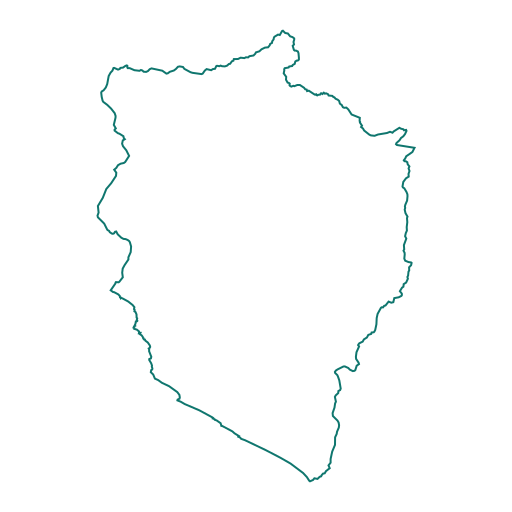 Ica, Ica, Peru
{"feature_id": "86281439B40725623046053", "entity_name": "Ica", "entity_type": "district", "adm_level": 2, "iso_a3": "PER", "parent_name": "Peru", "parent_adm1": "Ica", "projection": "orthographic", "projection_center": [-75.617, -14.336], "detail": "fine", "context": "isolated", "style": "outline", "palette": "teal", "viewbox_px": 512, "rotation_deg": 0, "n_neighbors": 0, "source": "geoboundaries", "source_scale": "gbopen_adm2", "svg_char_len": 5960}
<svg xmlns="http://www.w3.org/2000/svg" viewBox="0 0 512 512"><path d="M287.9,33.5L285.2,33.0L282.9,30.7L282.1,31.0L279.8,35.0L278.0,34.6L274.4,36.8L273.8,38.0L273.6,39.4L272.2,41.3L272.0,42.9L270.2,43.9L269.7,45.3L268.1,47.3L265.0,47.6L261.5,49.3L259.4,51.3L255.9,52.4L255.3,53.7L253.5,55.5L249.4,56.2L248.2,57.4L245.9,57.3L244.4,58.1L240.6,57.7L238.0,59.0L233.8,59.1L233.4,60.7L231.9,61.3L230.1,63.8L228.9,64.0L227.0,65.7L224.8,66.4L222.0,66.2L220.6,65.6L219.4,66.2L217.0,65.8L216.3,66.1L215.0,68.8L212.8,69.1L211.2,70.2L206.6,69.1L204.8,70.6L202.7,73.6L201.6,74.1L192.4,72.8L190.5,72.2L184.4,68.9L183.0,67.0L179.7,66.4L177.9,66.8L176.0,68.9L173.9,70.5L169.8,71.8L167.8,73.3L166.4,73.6L162.3,70.7L151.5,68.4L149.7,69.2L147.9,71.1L146.1,71.9L143.6,71.7L142.4,70.5L140.9,70.0L139.5,70.8L134.4,70.2L129.6,68.1L127.7,68.1L127.3,67.4L127.4,65.9L126.8,65.4L125.4,65.9L123.0,67.6L120.4,67.9L119.7,69.0L118.0,69.6L114.2,67.9L113.5,68.0L112.4,70.7L110.6,72.6L108.7,76.0L107.2,84.1L105.8,87.5L103.6,90.3L101.7,91.5L101.2,92.7L101.7,96.9L102.6,100.7L103.3,101.9L107.3,104.9L111.1,108.6L114.7,113.2L115.6,116.0L115.5,117.8L113.8,124.9L115.8,128.4L114.6,129.6L114.6,130.6L117.9,133.2L119.4,133.7L123.4,136.2L123.8,138.1L124.8,139.2L122.8,140.4L122.1,143.7L123.0,146.2L126.3,150.3L129.1,155.9L125.2,162.0L123.8,163.0L120.6,163.7L118.0,165.2L116.3,167.9L114.2,169.7L116.3,172.7L116.0,175.9L111.2,183.2L106.3,189.0L102.8,197.8L97.9,206.0L98.6,212.6L97.5,215.6L97.9,217.3L104.2,223.6L107.0,229.2L107.5,230.0L109.1,230.9L109.8,232.2L111.9,233.6L112.9,233.8L114.1,233.3L115.0,231.8L116.2,231.5L117.7,234.3L121.3,237.7L123.5,238.9L125.6,239.1L127.7,240.0L129.2,241.1L129.9,242.3L131.1,246.5L130.7,252.1L128.4,257.3L128.4,259.5L124.6,265.1L122.7,268.6L122.2,272.7L122.8,277.3L119.3,281.8L118.6,282.3L115.9,282.1L115.6,282.5L115.4,283.5L110.7,290.3L113.0,292.0L114.2,292.2L118.3,294.4L119.8,296.0L120.0,297.3L120.6,297.4L120.8,298.1L121.1,297.8L122.9,298.6L128.2,301.5L132.6,305.0L134.4,307.2L134.0,309.1L134.7,310.0L134.4,311.3L135.5,312.0L136.5,314.4L136.6,317.6L137.2,318.3L136.8,319.9L137.2,320.6L136.4,321.1L136.7,321.4L135.7,322.0L135.5,323.6L134.6,325.6L135.0,325.9L134.0,326.5L133.5,327.7L134.4,328.2L134.3,328.9L136.8,329.6L139.2,331.6L138.9,333.2L140.4,333.0L139.9,334.2L141.6,335.3L142.7,336.8L143.2,338.3L143.6,338.4L143.6,338.9L144.2,339.6L144.9,339.6L145.4,340.7L147.8,342.5L149.8,345.4L150.2,346.9L149.7,347.9L148.7,348.5L149.2,349.6L149.1,351.2L151.3,356.8L150.9,358.4L149.3,359.0L149.2,359.9L151.2,363.3L152.0,365.6L151.8,366.7L152.4,368.4L152.2,369.5L151.2,370.1L150.8,372.2L153.2,374.5L154.9,378.6L158.2,380.1L161.9,382.8L169.1,386.2L177.3,392.1L179.4,394.9L179.8,397.4L179.5,398.7L177.6,399.6L177.4,400.4L180.7,401.7L184.8,404.1L199.3,410.3L212.4,417.4L212.6,418.3L213.2,418.2L213.2,418.6L214.7,419.3L214.8,419.8L216.6,420.4L220.6,423.2L221.4,425.9L221.9,425.8L232.4,431.4L234.5,433.3L238.5,435.8L238.3,436.4L238.9,436.4L238.7,436.9L240.2,437.6L241.1,438.8L245.0,440.2L265.9,450.2L280.5,457.8L290.6,463.6L303.1,473.0L306.9,477.1L309.2,480.7L310.0,481.3L313.0,480.0L314.4,478.3L317.5,478.9L319.7,476.8L321.2,476.3L321.5,475.4L323.0,473.6L324.7,473.3L326.0,471.1L329.7,468.2L328.5,465.4L330.6,462.7L330.6,459.0L332.2,451.6L335.0,444.9L335.1,437.3L336.7,433.9L337.0,431.8L338.8,427.6L339.1,425.2L338.6,422.5L337.5,420.6L332.9,416.0L332.6,413.1L334.5,407.6L335.1,403.4L335.9,401.7L334.9,396.9L335.7,395.4L338.2,393.1L338.4,391.0L340.1,390.1L340.7,388.6L339.3,380.4L337.9,376.4L337.3,375.1L335.1,372.9L334.9,371.9L335.9,370.5L337.6,369.4L343.4,366.5L344.8,366.4L348.3,368.0L349.8,369.6L352.8,371.1L354.5,370.8L355.3,370.1L356.7,365.7L359.0,364.1L358.6,362.7L356.1,358.9L355.9,356.8L356.5,352.2L359.1,346.4L358.1,345.1L358.4,344.5L359.3,343.3L362.7,341.6L363.9,339.4L366.9,337.5L368.3,334.9L371.2,333.9L371.6,332.5L373.7,332.3L374.3,331.7L375.2,330.0L376.4,324.3L376.7,318.0L377.6,313.9L380.9,307.9L381.6,307.3L383.0,307.4L384.2,305.8L385.5,305.5L388.6,301.6L391.3,302.7L393.3,302.2L394.3,298.1L398.7,297.3L401.4,295.9L401.9,295.0L401.8,293.6L399.9,291.2L402.0,287.7L403.4,286.7L403.7,284.1L406.1,282.6L407.9,278.7L407.4,277.0L408.1,275.6L408.5,271.6L409.2,270.5L409.1,267.3L411.1,265.2L411.6,262.9L411.0,262.4L408.6,262.1L405.2,260.7L404.3,258.6L404.7,254.6L404.6,252.8L403.5,250.7L404.2,249.4L403.9,245.1L406.3,238.6L405.1,236.2L405.8,233.1L406.9,230.6L406.7,227.1L407.3,222.2L407.0,218.1L407.5,216.6L405.5,213.2L404.7,209.6L405.2,207.9L404.9,206.5L405.3,204.8L407.1,200.6L407.5,196.2L407.4,194.3L406.5,192.0L404.3,188.3L402.9,187.4L402.5,186.5L403.3,181.9L406.0,178.3L408.7,176.6L408.5,173.9L409.5,171.0L408.6,168.4L409.4,166.4L407.7,164.3L407.3,162.2L405.9,161.3L404.5,161.2L403.8,160.3L405.2,158.5L406.2,156.3L412.4,152.0L414.5,147.8L396.9,145.0L396.0,144.2L396.5,143.0L399.5,140.3L401.0,138.0L403.3,136.3L405.0,134.1L406.5,130.9L406.1,129.9L404.0,130.3L403.4,129.3L401.0,128.7L399.4,127.8L393.7,131.4L392.5,132.7L390.0,131.8L387.0,133.0L378.0,134.5L374.6,135.8L370.9,135.4L369.4,134.7L364.1,130.5L363.0,128.5L361.1,127.0L362.0,125.7L359.9,122.5L360.1,121.9L359.6,121.0L359.8,117.8L351.6,114.5L348.3,109.4L347.0,108.2L346.4,107.6L344.2,107.8L342.9,107.2L341.6,104.8L340.5,104.2L339.8,103.4L339.2,101.0L337.7,99.7L335.5,98.7L334.4,97.3L333.4,97.1L332.4,95.9L328.6,95.5L327.9,94.1L326.0,93.3L324.9,93.7L323.8,92.7L322.5,94.0L321.6,93.3L320.8,93.4L320.3,94.5L318.0,94.9L317.3,95.4L316.4,95.1L316.2,94.3L314.7,94.6L308.8,90.7L307.1,91.1L306.7,89.6L305.2,89.3L304.1,87.8L299.9,85.0L297.3,85.0L294.3,86.2L293.3,85.8L291.3,86.6L289.9,85.8L289.5,85.2L289.7,83.6L288.8,82.9L287.6,82.6L286.0,79.7L286.2,76.8L283.7,73.4L284.3,70.5L284.2,69.2L284.7,68.2L288.6,67.5L289.2,66.5L292.2,66.0L292.7,65.0L294.7,63.9L295.3,61.5L296.7,60.6L297.7,60.6L298.4,60.1L298.9,59.5L298.9,57.6L298.5,53.2L297.9,51.5L296.0,50.6L294.7,50.6L293.9,49.9L292.7,45.8L294.0,44.5L293.5,42.0L294.2,39.7L294.2,38.4L292.5,37.1L290.1,36.3L287.9,33.5Z" fill="none" stroke="#0f766e" stroke-width="2"/></svg>